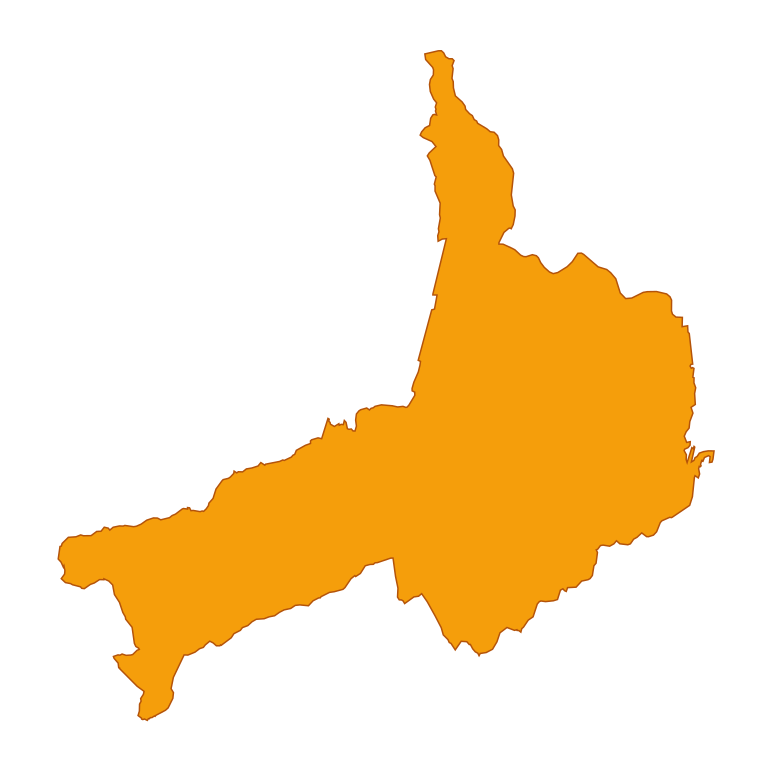 the district of Aninoasa, Gorj, Romania, rotated 269°
{"feature_id": "2599482B76100938199978", "entity_name": "Aninoasa", "entity_type": "district", "adm_level": 2, "iso_a3": "ROU", "parent_name": "Romania", "parent_adm1": "Gorj", "projection": "equal_earth", "projection_center": [23.453, 44.775], "detail": "fine", "context": "isolated", "style": "filled", "palette": "amber", "viewbox_px": 768, "rotation_deg": 269, "n_neighbors": 0, "source": "geoboundaries", "source_scale": "gbopen_adm2", "svg_char_len": 6107}
<svg xmlns="http://www.w3.org/2000/svg" viewBox="0 0 768 768"><g transform="rotate(269 384 384)"><path d="M445.4,683.5L445.8,677.1L448.7,673.7L452.0,672.7L462.8,673.0L466.2,671.5L469.1,668.2L471.7,658.0L471.7,648.9L471.1,644.8L465.6,633.2L465.2,627.1L470.9,621.8L485.2,617.6L491.3,612.6L494.6,608.7L497.4,600.1L510.1,585.9L511.4,583.7L511.3,580.1L503.0,574.4L498.0,569.1L492.4,559.7L491.4,555.1L493.1,551.4L497.8,546.3L502.6,542.8L507.5,540.6L509.6,538.6L510.7,534.6L508.8,528.3L509.0,525.8L510.5,522.8L515.9,517.2L517.5,514.3L521.7,505.5L521.9,501.3L523.4,501.4L533.5,506.6L537.5,511.5L537.7,512.9L537.0,513.9L541.1,516.0L549.7,517.9L555.8,518.2L559.7,516.3L570.8,514.6L592.5,517.3L597.0,516.1L609.9,507.4L616.4,505.7L620.4,502.8L626.1,503.0L630.4,501.8L633.8,498.5L634.4,494.6L637.4,491.2L643.0,482.2L645.3,481.2L646.8,478.8L650.8,477.0L652.8,474.2L657.1,470.4L660.4,469.9L664.6,467.1L670.8,460.4L678.8,458.6L685.1,458.5L688.4,457.3L698.1,458.6L701.1,457.7L706.1,459.7L708.0,457.9L708.1,454.6L710.1,451.3L714.0,449.5L716.2,447.2L716.2,444.1L713.3,430.6L707.7,431.3L699.7,438.2L697.3,439.0L692.1,438.7L687.7,435.7L682.7,434.7L675.6,435.4L668.0,438.6L664.2,441.5L660.0,440.1L657.8,440.8L656.1,440.2L652.1,441.3L652.7,439.0L652.3,437.6L648.9,435.3L641.7,434.1L639.5,429.6L635.4,426.0L632.2,424.5L629.7,427.5L625.6,436.2L620.5,440.1L614.3,433.3L611.3,431.3L606.9,433.8L591.5,438.5L590.2,439.8L582.9,437.8L581.4,438.5L576.0,438.4L563.9,443.3L552.3,442.5L549.0,443.2L538.3,441.1L535.3,441.6L531.3,440.3L525.8,440.6L527.9,444.8L528.2,448.9L473.3,434.5L472.2,434.4L472.0,438.6L458.0,435.8L457.3,433.0L407.1,418.6L406.0,420.9L402.2,420.3L395.4,418.5L385.3,413.9L379.1,412.0L376.7,412.0L375.3,414.6L372.1,414.6L362.4,408.5L360.5,406.7L360.2,405.5L361.3,402.6L360.8,397.3L362.1,391.8L363.2,381.0L361.8,374.6L360.4,372.8L359.9,370.6L358.3,369.0L360.3,366.3L358.7,360.3L357.6,358.5L354.5,355.9L348.4,355.0L342.4,355.7L337.5,354.2L337.6,352.2L339.6,350.5L339.3,348.0L340.0,346.6L346.3,345.4L348.2,343.7L344.1,342.6L344.4,340.5L343.5,338.5L345.1,338.2L342.4,333.6L344.8,329.7L346.6,329.4L347.6,328.2L349.8,328.6L350.6,327.4L330.4,320.7L331.3,317.1L329.5,310.7L328.4,309.5L325.8,309.5L324.1,304.4L319.2,295.2L315.2,293.5L314.3,291.6L312.6,290.2L309.3,282.9L309.8,281.5L308.4,278.3L305.9,264.2L304.9,263.4L307.6,259.5L304.2,256.6L302.3,250.3L301.5,244.9L298.6,241.1L298.8,236.8L297.7,235.2L299.5,232.6L297.2,232.2L293.7,228.8L292.4,226.8L291.2,221.5L290.0,220.3L281.9,214.2L272.6,211.1L268.0,206.9L265.4,206.3L262.3,204.1L259.8,201.4L260.2,200.0L259.6,197.9L260.9,191.0L260.7,188.8L263.6,187.4L263.9,185.4L262.4,185.4L263.0,181.3L262.5,180.0L257.5,173.2L256.2,169.9L254.1,167.2L252.1,158.4L253.9,155.2L254.1,151.1L252.0,144.4L248.1,138.7L246.1,133.9L245.7,131.2L247.1,122.4L246.5,120.8L246.7,117.0L245.5,110.7L242.7,107.3L244.7,105.8L245.7,101.8L241.7,98.5L241.6,94.2L237.5,88.5L237.5,80.9L238.4,78.1L236.6,73.4L236.2,65.7L230.2,59.4L227.6,58.6L227.2,57.2L214.7,55.2L211.5,58.0L206.5,60.2L207.8,60.8L202.9,61.7L199.5,61.3L195.0,57.9L191.0,62.0L189.9,67.1L188.7,69.1L186.5,77.0L185.0,78.2L184.6,80.8L188.8,87.0L190.1,90.9L193.4,96.2L193.2,100.6L194.1,100.6L191.8,105.4L187.8,109.2L178.2,110.8L170.3,115.7L160.1,118.9L155.7,121.3L153.4,121.6L145.1,127.9L129.0,129.9L125.9,131.3L124.2,134.0L122.9,134.7L122.1,132.5L117.9,128.0L117.4,126.0L117.2,121.4L118.6,117.4L117.5,115.3L117.8,113.3L116.3,108.7L114.3,109.4L109.6,113.3L104.9,113.8L104.7,114.7L103.8,114.9L86.1,131.9L80.9,138.7L77.9,138.0L73.7,135.2L71.1,135.6L68.2,134.0L61.2,133.7L56.8,132.3L54.2,135.6L53.2,135.8L52.7,137.0L53.2,138.7L51.8,141.5L53.5,142.6L53.4,143.6L54.5,144.5L54.5,146.1L56.1,148.7L55.7,149.3L56.8,150.3L61.6,159.8L63.9,162.5L73.4,167.4L79.1,168.1L83.1,165.8L94.4,168.3L116.6,179.4L116.4,183.2L119.2,190.4L122.6,195.0L123.8,198.8L126.3,200.8L129.9,205.3L128.1,208.7L125.2,211.8L125.1,215.3L126.0,216.0L125.6,216.7L132.9,226.8L137.0,229.6L140.2,236.1L142.9,238.2L144.8,243.6L148.6,247.9L151.0,252.2L151.4,260.1L153.2,265.0L154.2,270.6L157.5,275.4L159.9,280.2L161.2,286.8L164.2,291.4L164.6,296.0L163.6,304.6L168.5,309.3L171.3,315.0L171.3,316.5L172.5,317.4L176.6,325.9L177.2,330.7L179.4,339.4L181.1,341.4L189.9,347.6L192.9,351.5L192.0,352.3L195.0,357.1L202.6,362.1L203.8,366.8L203.9,370.2L205.4,372.0L205.5,374.2L209.8,387.7L209.8,390.0L191.3,392.2L179.6,394.4L170.7,393.8L167.9,395.5L167.8,397.7L166.8,399.3L164.1,400.8L170.6,410.2L171.2,414.9L173.7,418.0L165.6,423.4L151.0,431.2L139.3,437.0L132.1,438.9L127.3,443.5L124.4,444.7L123.4,446.5L116.9,450.6L125.4,456.7L124.9,462.3L122.0,464.7L122.1,465.8L117.6,468.1L114.6,470.6L113.2,473.1L110.7,474.3L112.9,475.5L113.7,481.5L116.9,487.9L124.2,492.4L133.2,495.6L138.4,502.7L135.4,510.2L136.0,512.6L135.3,512.7L135.1,514.5L133.5,516.5L137.0,517.5L138.4,519.2L145.4,524.1L148.6,529.0L161.3,533.4L163.7,535.5L164.3,537.2L163.6,541.7L164.3,549.6L165.5,553.7L174.8,556.8L176.1,559.3L174.2,560.9L173.4,562.6L177.2,564.0L177.5,572.5L183.5,578.2L184.8,584.7L185.9,586.7L188.9,589.0L198.6,590.7L201.1,592.9L211.8,594.5L214.5,593.3L215.1,594.8L218.7,597.6L219.1,600.2L217.9,606.8L220.2,611.1L223.2,613.7L220.1,617.0L219.0,625.0L219.9,627.6L224.5,630.9L226.3,634.3L230.6,639.1L226.8,643.9L226.7,645.8L228.2,650.8L231.5,654.0L240.6,657.8L242.4,659.5L245.7,667.3L245.4,669.1L245.9,670.1L257.3,687.5L265.9,690.4L285.0,692.7L286.9,693.4L284.6,696.6L288.5,698.0L293.8,697.1L296.2,697.8L295.7,698.6L296.6,699.6L298.3,699.1L302.1,700.4L302.1,701.2L300.5,701.3L304.9,703.1L306.7,707.2L305.7,708.8L299.8,708.0L300.2,710.6L303.1,711.6L311.3,712.8L311.5,707.1L310.8,702.3L309.4,698.1L306.0,695.7L304.9,693.7L302.2,692.6L300.7,690.0L315.5,693.6L316.2,692.9L313.9,692.0L315.0,690.7L300.2,685.7L303.2,684.8L308.0,685.1L312.2,682.9L313.6,683.5L315.0,686.8L317.4,688.9L321.0,689.2L320.3,685.6L326.6,683.3L331.0,685.3L334.6,688.3L341.1,689.1L349.5,692.4L355.3,690.6L358.1,694.9L369.1,694.4L374.8,695.6L379.8,693.9L384.8,694.1L385.4,692.9L394.2,694.2L395.0,692.8L394.4,691.5L396.6,690.3L398.3,691.3L398.5,693.0L429.1,690.1L430.8,688.8L436.9,688.6L436.1,683.1L445.4,683.5Z" fill="#f59e0b" stroke="#b45309" stroke-width="1.5"/></g></svg>